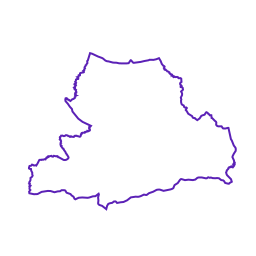 the district of Na Yung, Udon Thani, Thailand, rotated 264°
{"feature_id": "78962969B67652065328847", "entity_name": "Na Yung", "entity_type": "district", "adm_level": 2, "iso_a3": "THA", "parent_name": "Thailand", "parent_adm1": "Udon Thani", "projection": "natural_earth1", "projection_center": [102.174, 17.939], "detail": "fine", "context": "isolated", "style": "outline", "palette": "violet", "viewbox_px": 256, "rotation_deg": 264, "n_neighbors": 0, "source": "geoboundaries", "source_scale": "gbopen_adm2", "svg_char_len": 5710}
<svg xmlns="http://www.w3.org/2000/svg" viewBox="0 0 256 256"><g transform="rotate(264 128 128)"><path d="M206.4,98.1L199.4,95.1L198.8,94.4L196.8,94.4L196.2,93.7L195.3,93.3L194.8,92.4L194.3,92.4L193.0,91.2L192.7,91.3L192.4,91.1L191.8,91.0L191.6,91.3L190.5,90.4L190.1,90.5L189.7,89.8L189.5,90.1L188.1,89.9L187.9,89.2L188.1,88.5L187.8,88.0L187.7,86.6L187.4,86.0L185.4,85.7L185.2,85.0L185.5,84.4L184.0,83.9L183.9,83.1L183.6,83.4L183.3,83.2L182.8,83.8L182.2,83.6L182.0,83.0L182.3,82.5L182.0,82.7L182.0,82.2L181.6,81.3L180.3,81.1L179.5,80.3L178.5,81.0L177.6,79.8L177.4,80.4L176.7,79.8L176.4,80.4L175.9,80.1L175.6,80.5L174.6,79.5L174.2,79.5L173.9,78.6L173.5,78.9L173.0,78.8L172.8,79.4L172.5,79.3L172.4,78.9L172.0,79.0L171.8,79.7L171.3,80.3L170.7,80.0L169.3,80.4L168.9,79.7L168.4,80.0L167.9,79.1L167.2,79.4L167.0,79.1L166.7,79.4L166.1,79.0L165.8,79.6L165.7,79.0L165.3,78.6L165.2,78.2L165.1,78.7L164.6,78.9L164.2,78.2L163.4,78.2L162.6,76.8L162.4,75.6L160.9,73.6L161.3,73.2L161.3,72.9L161.6,72.5L162.1,72.3L162.2,71.8L162.7,71.4L162.7,70.8L163.0,70.5L163.8,70.4L164.2,69.6L164.0,69.0L162.6,68.6L161.2,68.7L158.4,70.7L155.2,72.4L152.8,74.2L150.2,74.5L142.5,79.5L138.8,83.5L134.0,91.4L133.6,91.0L133.9,90.1L133.1,89.5L132.4,89.4L132.5,89.7L132.1,89.9L131.3,89.4L130.6,89.8L130.3,89.6L130.0,89.9L129.6,89.8L128.9,88.3L129.4,87.2L128.7,86.9L128.6,85.0L128.1,85.0L127.8,84.4L128.1,82.7L127.6,81.8L127.9,81.8L127.9,81.5L127.5,81.1L126.7,81.1L126.5,80.5L126.0,80.5L124.7,79.9L124.4,79.4L124.4,78.8L125.0,77.7L125.3,76.4L125.7,76.1L125.8,75.3L125.6,74.8L125.8,74.4L125.5,73.7L124.8,73.2L125.2,71.1L125.7,70.5L125.3,70.2L125.2,69.4L126.1,68.5L126.2,67.7L126.8,67.3L127.3,65.9L127.3,65.2L126.8,64.5L126.6,63.4L127.3,62.0L127.2,61.8L127.4,60.7L126.4,60.0L126.1,59.3L125.8,59.2L125.0,59.5L123.7,58.9L123.4,59.1L123.1,59.8L121.9,60.1L120.5,59.5L120.0,59.8L119.7,59.3L118.9,59.1L118.2,59.4L117.9,59.3L117.3,60.0L116.8,59.6L116.3,60.1L115.9,60.1L114.6,60.9L114.3,61.5L113.8,61.5L113.5,61.9L112.6,62.1L110.9,63.2L109.6,63.5L108.9,64.1L108.0,64.2L107.6,64.7L105.1,65.8L104.0,65.4L102.9,63.5L102.7,62.0L103.0,60.6L106.1,56.2L106.2,55.6L106.9,55.3L106.9,54.8L107.5,54.5L107.4,53.4L108.1,51.3L107.4,50.6L107.5,49.6L108.3,49.0L108.1,46.8L108.3,45.7L107.9,45.1L107.3,45.4L107.0,43.8L106.4,43.8L106.0,42.9L105.4,42.6L105.7,41.7L105.3,40.2L105.6,39.2L105.3,38.7L105.6,37.1L105.4,36.4L102.1,34.3L100.2,32.8L100.7,31.9L100.5,31.1L100.6,30.4L101.3,29.6L101.6,28.7L100.7,28.0L100.5,26.1L99.0,25.4L98.2,25.3L97.7,25.7L97.4,27.2L95.6,27.3L93.6,28.1L91.9,27.9L90.6,28.2L89.5,27.4L88.5,25.8L86.5,25.6L85.2,24.9L84.8,24.4L83.8,24.2L83.5,23.9L82.9,24.5L82.4,24.1L81.5,24.3L80.9,25.1L80.6,24.9L80.2,23.8L79.1,24.0L78.4,23.7L77.2,23.8L76.5,24.4L75.0,23.0L73.4,23.1L72.0,27.5L71.8,30.2L71.8,31.2L73.5,35.4L73.8,41.6L73.4,44.4L71.8,48.2L72.3,51.4L72.2,53.8L73.1,55.5L72.7,58.6L72.2,59.2L70.3,60.0L70.0,60.3L68.3,63.9L66.8,64.9L65.4,66.6L63.2,67.4L62.6,68.2L63.8,71.7L63.7,75.2L62.8,80.6L62.9,82.1L63.7,85.9L63.6,88.5L65.7,91.9L65.0,92.1L62.2,91.0L59.0,91.0L56.3,90.4L55.6,90.5L54.5,91.4L53.3,94.1L49.6,97.9L52.8,99.1L54.6,100.5L55.1,102.4L55.2,104.4L56.4,106.4L56.3,107.8L56.0,108.3L54.6,109.3L54.9,112.7L54.9,115.8L56.2,119.6L58.7,123.6L58.9,128.4L58.5,130.9L58.6,131.9L58.9,133.5L60.1,136.9L59.5,138.9L59.5,139.6L61.0,142.1L62.0,146.4L63.5,150.0L63.6,151.6L63.4,153.2L61.8,156.8L62.5,164.0L62.9,165.6L63.4,166.7L63.9,167.1L64.9,167.5L66.4,168.4L68.0,171.7L70.9,174.2L71.6,175.1L71.6,175.9L70.2,179.2L70.3,182.7L69.4,187.1L69.7,189.6L71.2,191.8L71.4,193.0L71.1,196.2L69.8,200.2L69.8,201.2L70.6,202.6L69.9,204.2L70.1,205.2L69.3,207.0L68.9,209.7L68.9,211.4L68.5,213.2L66.5,215.2L65.9,217.3L65.1,218.0L63.2,218.9L62.1,221.9L62.1,222.7L62.7,223.3L63.7,225.6L66.3,225.1L70.7,221.6L71.7,221.2L73.6,220.9L74.4,221.5L75.5,221.8L76.8,223.4L77.5,223.5L78.0,224.5L78.5,224.7L78.3,225.8L78.9,226.2L79.0,226.8L78.5,226.9L78.5,227.4L78.2,227.4L77.9,228.1L79.2,229.4L79.6,229.0L80.3,229.7L80.6,229.4L80.7,230.3L81.8,230.4L81.7,229.8L82.0,230.0L82.1,229.8L82.7,230.4L83.1,230.0L84.6,230.0L88.2,228.8L89.2,229.2L91.4,230.6L94.0,232.7L95.9,233.0L97.2,232.8L99.5,231.4L104.8,229.9L106.1,229.2L117.6,227.9L117.7,227.5L117.3,224.7L117.6,222.6L118.0,222.2L119.9,221.2L120.2,218.0L120.7,216.9L122.0,216.0L124.3,216.4L125.1,216.1L126.2,215.0L129.0,212.8L129.2,212.2L132.0,212.2L132.1,211.9L132.1,210.6L133.2,210.1L133.7,209.3L134.7,208.8L135.3,208.0L135.5,207.6L135.3,207.2L133.2,205.5L132.8,203.4L132.4,202.2L130.0,200.2L128.6,197.7L130.3,195.8L130.9,195.5L131.2,194.0L131.6,193.5L133.1,193.0L135.9,189.4L138.6,188.2L139.9,187.3L141.7,188.6L142.3,188.1L142.3,187.0L143.1,186.0L144.5,185.8L145.5,184.3L146.2,183.8L147.9,183.5L149.8,183.6L150.7,184.0L152.7,183.7L155.1,185.2L155.8,185.3L156.9,185.4L158.7,184.6L159.4,185.3L159.7,186.1L160.5,186.7L162.2,186.6L163.0,185.7L163.2,184.7L164.1,184.7L164.4,185.6L166.3,184.4L166.8,184.5L167.6,184.9L168.2,186.0L171.5,186.1L172.1,185.5L172.2,183.6L172.6,183.2L173.1,183.2L173.7,182.1L173.6,180.8L174.2,179.7L173.9,179.4L173.8,178.7L174.3,178.3L174.9,178.5L175.1,177.8L176.3,177.5L176.6,177.2L176.2,176.8L176.5,176.8L176.9,176.0L177.5,175.7L177.7,175.3L178.3,175.2L178.5,174.8L179.1,174.9L180.0,173.7L180.2,173.0L181.4,172.2L181.7,171.6L182.4,171.3L182.5,170.9L182.1,170.9L182.1,170.6L182.4,170.3L183.0,170.4L183.9,169.9L184.5,170.5L185.3,170.8L185.8,170.4L186.1,169.7L188.2,168.3L191.2,167.5L194.2,166.1L193.4,163.2L193.1,160.5L193.6,156.7L193.2,155.4L192.9,151.3L192.4,147.5L192.2,140.5L192.5,139.9L195.0,138.1L195.1,137.7L192.4,135.4L192.4,133.2L193.2,126.1L194.1,123.5L194.6,120.0L196.3,115.5L196.6,114.1L197.4,112.6L199.7,110.4L200.4,109.4L202.2,105.7L205.6,100.1L206.4,98.1Z" fill="none" stroke="#5b21b6" stroke-width="2"/></g></svg>